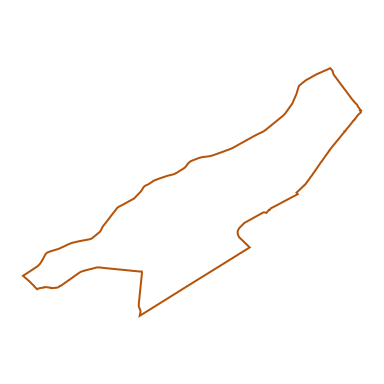 outline of Aalsmeer, Noord-Holland, Netherlands
{"feature_id": "6326949B69762252447495", "entity_name": "Aalsmeer", "entity_type": "district", "adm_level": 2, "iso_a3": "NLD", "parent_name": "Netherlands", "parent_adm1": "Noord-Holland", "projection": "equal_earth", "projection_center": [4.754, 52.261], "detail": "fine", "context": "isolated", "style": "outline", "palette": "amber", "viewbox_px": 384, "rotation_deg": 0, "n_neighbors": 0, "source": "geoboundaries", "source_scale": "gbopen_adm2", "svg_char_len": 5601}
<svg xmlns="http://www.w3.org/2000/svg" viewBox="0 0 384 384"><path d="M140.7,315.2L141.0,315.0L143.3,313.6L153.9,307.0L183.5,288.5L204.1,275.7L204.4,275.5L204.5,275.5L249.7,247.4L247.6,245.4L245.3,243.2L243.1,241.0L239.2,237.3L238.9,236.6L238.6,236.1L238.2,235.4L237.9,234.5L237.8,234.1L237.7,233.5L237.7,233.0L237.7,232.4L237.7,232.0L237.7,231.5L237.8,231.0L238.1,230.3L238.3,229.7L238.7,229.0L239.1,228.3L240.0,227.3L244.4,222.9L253.5,217.9L254.7,217.2L256.3,216.3L259.4,214.6L259.8,214.4L262.7,212.8L263.5,212.4L263.8,212.3L264.1,212.3L266.4,212.9L269.0,209.8L269.6,210.0L270.9,208.3L279.0,204.1L281.0,203.0L285.1,200.8L297.7,194.2L296.5,192.6L297.3,191.9L297.7,191.6L298.1,191.2L298.3,191.0L298.8,190.5L299.0,190.3L299.3,190.1L300.2,189.2L300.5,188.9L300.7,188.7L300.9,188.5L301.3,188.2L301.5,187.9L301.7,187.7L302.7,186.8L302.7,186.7L302.9,186.5L303.0,186.4L303.7,185.9L304.6,185.1L304.8,184.9L304.7,184.8L305.6,184.0L305.9,183.5L306.6,182.7L306.7,182.4L306.8,182.3L307.5,181.4L307.7,181.1L307.8,181.0L308.0,180.8L308.1,180.5L308.2,180.4L308.5,180.0L308.6,179.8L308.8,179.7L310.2,177.6L311.1,176.4L312.1,175.2L312.5,174.6L312.9,173.8L313.1,173.5L314.3,172.0L314.4,171.8L314.6,171.6L314.8,171.3L315.2,170.8L315.2,170.7L315.4,170.3L316.3,169.1L316.5,168.8L319.1,165.0L320.5,162.9L321.3,161.8L321.4,161.6L321.6,161.5L324.9,156.8L328.8,151.4L329.2,150.9L329.8,150.0L329.7,150.0L330.3,149.2L330.6,148.8L331.8,147.2L333.5,145.2L333.7,144.9L334.2,144.4L334.3,144.2L335.1,143.3L335.1,143.2L335.3,142.9L335.5,142.8L335.6,142.6L339.1,138.4L339.8,137.6L342.2,134.5L342.4,134.2L342.5,134.1L342.8,133.8L344.3,132.1L344.3,131.9L344.5,132.0L345.5,130.8L345.4,130.6L345.6,130.4L347.3,128.2L348.4,127.1L349.1,126.2L351.2,123.5L351.3,123.4L351.7,122.9L351.8,122.7L353.3,121.0L353.2,120.9L353.4,120.7L353.7,120.5L354.7,119.2L354.8,119.3L355.4,118.5L355.5,118.2L357.9,115.1L359.4,113.6L359.9,113.3L360.3,113.0L360.8,112.4L361.0,112.0L360.8,111.6L360.1,110.7L360.9,110.3L360.2,109.6L359.8,109.2L358.9,107.9L358.0,106.6L357.6,106.0L357.5,105.8L357.4,105.1L357.2,104.8L357.0,104.6L356.8,104.3L356.7,104.2L356.3,104.0L355.9,103.6L355.6,103.3L354.7,102.3L352.5,99.8L336.5,78.4L333.8,74.8L333.6,74.6L333.5,74.2L333.0,72.6L332.8,71.5L332.8,71.4L332.5,71.0L332.2,70.5L331.8,70.0L331.4,69.5L330.2,68.2L329.7,68.5L329.2,68.7L328.8,68.9L327.2,69.6L324.9,70.6L319.5,73.0L317.8,73.7L317.1,74.0L316.7,74.2L314.9,75.2L313.1,76.2L311.3,77.2L309.6,78.2L305.9,80.2L303.4,82.2L299.1,85.7L298.9,86.0L297.5,90.3L296.6,93.6L296.4,94.1L296.3,94.4L296.1,94.8L293.1,101.6L292.4,103.4L292.2,103.8L292.0,104.0L286.2,112.1L285.5,113.1L283.9,114.8L283.5,115.3L282.8,115.9L276.8,120.8L270.7,125.8L265.6,129.9L264.7,130.5L264.3,130.9L263.8,131.2L263.1,131.6L262.5,131.9L258.8,133.7L255.7,135.2L252.9,136.7L249.7,138.5L248.0,139.4L235.5,146.4L234.1,147.2L231.7,148.4L229.3,149.4L226.2,150.5L222.5,151.9L217.9,153.5L217.6,153.7L212.2,155.5L211.1,155.9L209.5,156.2L208.8,156.3L207.7,156.5L203.1,157.0L202.7,157.1L201.1,157.4L198.8,158.0L196.8,158.8L196.2,159.0L195.4,159.3L195.0,159.5L192.9,160.3L191.7,160.8L191.4,160.9L191.2,161.0L190.9,161.1L190.4,161.4L190.1,161.7L189.7,162.0L189.0,162.5L188.7,162.8L188.1,163.4L187.4,164.4L187.1,164.7L187.0,164.8L186.9,165.0L186.7,165.3L186.5,165.6L185.3,167.2L185.0,167.5L184.1,168.1L182.2,169.4L181.4,169.9L180.7,170.3L179.6,170.9L179.3,171.1L177.8,172.1L176.8,172.7L175.5,173.4L174.8,173.8L174.3,174.0L173.5,174.3L170.3,175.1L167.4,175.8L163.3,177.2L158.3,178.9L156.5,179.6L155.7,179.9L154.0,180.6L153.2,181.0L152.4,181.6L151.3,182.4L150.6,182.8L149.6,183.5L148.7,184.1L147.9,184.5L147.5,184.7L147.0,184.9L146.0,185.3L145.5,185.6L145.0,185.9L144.5,186.3L143.8,186.9L143.1,187.9L142.9,188.2L142.3,189.4L141.1,191.1L140.8,191.5L140.2,192.2L139.5,192.9L138.5,193.9L137.3,195.2L136.9,195.5L135.1,197.5L134.5,198.0L134.2,198.3L133.5,198.8L133.1,199.1L132.2,199.5L129.9,200.8L129.5,201.0L128.4,201.6L126.5,202.7L125.5,203.2L125.5,203.3L123.3,204.5L122.8,204.7L122.0,205.2L120.0,206.1L119.4,206.4L118.5,207.0L117.5,207.6L116.9,208.3L115.4,210.3L111.7,215.0L105.7,222.9L103.7,225.3L102.6,226.8L102.5,227.1L102.0,227.9L101.8,228.4L101.1,229.9L101.0,230.3L100.8,230.5L100.4,231.1L100.0,231.6L99.8,231.9L99.3,232.3L97.7,233.6L93.5,237.1L92.5,237.9L92.3,238.1L92.0,238.3L91.5,238.6L91.2,238.7L90.2,239.1L89.3,239.3L88.8,239.4L88.4,239.5L84.6,240.2L78.3,241.4L76.7,241.8L75.3,242.1L72.4,242.8L71.6,243.0L70.4,243.5L68.9,244.1L67.8,244.6L63.1,246.8L58.8,248.8L51.0,251.2L49.9,251.5L48.9,251.9L48.2,252.2L47.6,252.4L47.2,252.7L46.6,253.0L46.2,253.4L46.0,253.6L45.6,254.2L45.2,254.8L42.4,260.0L41.1,262.2L40.6,262.9L39.8,264.0L39.5,264.3L38.5,265.4L37.8,266.0L36.5,267.0L23.0,275.8L29.7,281.6L30.9,282.9L33.8,285.7L34.7,286.8L37.1,289.3L37.5,289.1L37.9,288.7L39.8,288.2L40.3,288.0L43.9,287.6L44.3,287.0L50.7,287.7L50.7,288.0L51.1,288.1L52.8,288.1L54.1,287.9L54.6,287.9L55.0,287.9L56.0,287.8L57.5,287.5L57.9,287.4L58.3,287.2L58.8,286.9L59.7,286.1L59.9,286.0L60.2,286.0L60.4,286.0L60.5,286.0L62.4,284.7L67.9,280.8L70.6,278.9L75.2,275.6L75.9,275.1L77.0,274.3L77.5,274.0L78.6,273.2L79.7,272.5L80.2,272.2L80.7,271.9L81.7,271.5L84.5,270.6L86.5,270.1L89.1,269.4L92.2,268.7L95.1,267.9L95.8,267.7L96.6,267.5L97.4,267.4L97.8,267.4L98.2,267.4L99.2,267.4L102.4,267.8L108.2,268.4L116.3,269.2L120.6,269.6L134.4,271.0L139.6,271.5L140.8,271.5L141.2,271.5L141.4,271.4L141.6,271.4L141.6,271.8L141.9,272.2L142.0,272.6L140.6,286.4L139.7,295.0L139.3,299.2L138.9,303.0L138.8,304.7L138.8,306.2L139.0,306.9L139.6,308.6L140.5,310.6L140.5,310.9L140.5,311.2L140.4,312.3L139.7,315.8L140.7,315.2Z" fill="none" stroke="#b45309" stroke-width="2"/></svg>